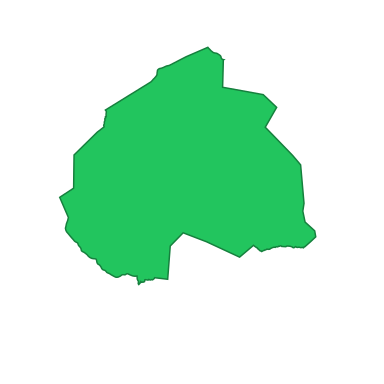 Santa Rita, Copán, Honduras (Albers equal-area conic projection), rotated 315°
{"feature_id": "27666195B5309691152519", "entity_name": "Santa Rita", "entity_type": "district", "adm_level": 2, "iso_a3": "HND", "parent_name": "Honduras", "parent_adm1": "Copán", "projection": "albers", "projection_center": [-89.049, 14.871], "detail": "fine", "context": "isolated", "style": "filled", "palette": "green", "viewbox_px": 384, "rotation_deg": 315, "n_neighbors": 0, "source": "geoboundaries", "source_scale": "gbopen_adm2", "svg_char_len": 5220}
<svg xmlns="http://www.w3.org/2000/svg" viewBox="0 0 384 384"><g transform="rotate(315 192 192)"><path d="M229.8,308.5L230.3,308.8L230.7,309.0L230.9,309.2L231.0,309.6L231.1,309.9L231.2,310.2L231.3,310.3L231.7,310.3L231.8,310.3L232.2,310.2L232.5,310.1L232.8,310.2L232.8,310.3L233.0,310.5L240.9,311.0L247.8,311.2L251.3,306.2L250.7,293.2L256.8,283.9L263.2,279.2L288.0,249.6L289.0,237.4L289.6,198.0L311.7,192.0L311.2,173.5L287.7,139.6L307.5,120.8L308.0,120.9L307.8,120.6L307.7,120.4L307.5,120.2L307.4,119.9L307.3,119.6L307.3,119.4L307.2,119.2L307.2,118.9L307.4,118.2L307.5,117.9L307.6,117.5L307.8,117.2L308.2,116.7L308.3,116.4L308.4,116.0L308.4,115.7L308.4,115.2L308.4,114.9L308.1,113.5L307.9,112.4L307.8,112.0L307.6,111.6L307.3,111.0L306.7,110.2L306.2,109.5L306.0,109.1L305.8,108.7L305.6,108.3L305.6,107.9L305.5,107.1L305.3,105.4L305.4,104.4L305.4,103.2L305.4,102.8L305.4,101.9L305.5,100.9L283.5,92.2L265.4,86.4L263.1,84.9L262.1,84.5L260.1,83.8L258.9,83.3L257.7,82.7L256.9,82.1L256.0,81.6L254.6,81.4L253.7,81.5L252.8,82.2L251.8,82.9L251.2,83.4L250.5,84.1L249.3,84.6L248.1,84.8L246.7,84.9L245.5,85.0L244.6,84.9L243.6,85.0L242.6,85.1L240.8,85.1L188.7,72.8L188.6,73.2L188.6,73.8L188.6,74.0L188.4,74.4L188.1,74.7L187.7,75.1L187.2,75.5L186.5,76.0L185.7,76.8L185.5,77.0L185.2,77.5L185.0,77.8L184.8,77.8L184.7,77.8L184.4,77.6L184.1,77.5L183.9,77.6L183.7,77.7L183.7,77.9L183.7,78.1L183.5,78.4L183.4,78.5L183.2,78.5L182.9,78.5L182.7,78.5L182.3,78.5L182.2,78.6L181.9,78.9L181.7,79.0L181.6,79.3L181.4,79.6L181.2,79.7L181.0,79.9L180.7,80.0L180.0,80.2L179.7,80.5L179.4,80.6L179.2,80.8L178.8,81.2L178.6,81.5L178.3,81.7L178.1,81.8L177.8,82.0L177.4,82.1L177.2,82.1L176.8,82.4L176.6,82.5L176.4,82.9L176.3,83.2L176.2,83.4L176.1,83.6L175.9,83.8L167.4,82.7L134.8,82.4L111.0,105.6L94.7,102.2L86.6,122.6L84.0,124.2L80.7,125.7L78.5,127.2L76.9,128.1L75.9,129.6L75.2,131.4L75.0,134.0L74.7,137.0L74.5,139.5L74.4,141.6L74.2,143.7L74.4,144.9L74.7,145.8L75.1,147.1L74.7,148.1L74.2,148.9L73.9,150.3L73.9,151.1L73.8,152.3L73.5,153.5L72.8,154.5L72.3,155.4L72.4,156.6L73.0,158.3L73.3,160.2L73.5,162.3L73.3,163.7L73.4,165.6L73.7,166.8L74.2,168.1L75.0,169.3L75.8,170.2L76.5,171.1L76.7,172.0L76.0,173.1L75.0,174.6L74.6,175.6L74.5,176.5L74.8,177.4L75.0,178.7L74.6,180.8L74.0,182.4L74.0,183.8L74.6,185.2L75.0,185.8L75.1,187.2L74.9,188.6L75.3,189.9L75.7,190.8L76.0,191.6L76.2,192.9L76.5,194.0L76.9,195.4L77.4,197.1L77.9,198.4L78.6,199.2L79.7,200.0L81.9,200.8L83.5,201.0L84.5,201.4L85.0,201.9L85.5,202.6L85.9,203.0L86.5,203.4L87.9,203.6L88.5,204.1L89.0,205.0L89.3,206.0L90.1,208.0L90.7,209.3L91.3,210.2L92.0,211.1L93.7,212.6L93.4,212.9L93.1,213.2L92.9,213.5L92.5,214.1L92.3,214.2L92.0,214.5L91.8,214.8L91.6,215.1L91.5,215.4L91.3,215.9L91.2,216.3L91.2,216.6L91.1,216.8L90.9,217.2L90.7,217.5L90.5,217.8L89.4,218.5L89.2,218.9L89.1,219.1L89.0,219.3L88.9,219.6L88.9,219.8L89.0,219.8L89.3,219.8L89.6,219.7L89.9,219.7L90.4,219.8L90.6,219.8L90.9,219.7L91.5,219.4L92.2,219.3L92.4,219.2L92.4,219.3L92.5,219.3L92.5,219.5L92.4,219.8L92.4,220.1L92.7,220.4L93.1,220.6L93.3,220.8L93.6,220.9L93.8,221.0L93.9,221.3L94.0,221.3L94.5,221.6L95.0,221.8L95.1,221.7L95.5,221.5L95.9,221.3L96.1,221.1L96.3,220.9L96.6,220.7L96.8,220.8L97.0,220.9L97.1,221.1L97.4,221.5L97.7,221.9L98.2,222.6L98.4,222.9L98.6,223.2L98.9,223.3L99.0,223.3L99.3,223.3L99.4,223.2L99.6,223.2L99.7,223.3L100.0,224.3L100.1,224.6L100.3,224.7L100.4,224.8L100.7,225.0L101.3,225.2L101.4,225.3L101.5,225.5L101.7,225.8L101.8,226.0L102.0,226.2L102.2,226.3L102.5,226.3L103.3,226.4L104.1,226.5L104.5,226.4L105.0,226.2L113.1,236.5L138.4,214.8L156.9,214.6L167.1,237.5L179.6,271.7L197.8,273.2L197.8,273.5L197.9,274.4L198.1,275.9L198.2,276.2L198.3,276.6L198.4,276.8L198.5,277.1L198.6,277.3L198.5,277.6L198.5,277.8L198.4,278.1L198.3,278.4L198.3,278.6L198.4,278.9L198.6,279.1L198.6,279.3L198.6,279.5L198.5,280.0L198.5,280.3L198.5,280.9L198.5,281.4L198.6,281.7L198.7,281.9L198.8,282.0L199.0,282.3L199.1,282.5L199.0,282.9L199.1,283.1L199.2,283.4L199.3,283.4L201.3,284.0L201.5,284.2L201.6,284.3L201.8,284.4L202.2,284.3L202.3,284.3L202.5,284.5L202.9,284.9L203.1,285.0L203.3,285.1L203.6,285.1L204.0,285.2L204.3,285.3L204.6,285.4L204.7,285.6L204.9,285.8L205.1,286.2L205.4,286.5L205.9,286.9L206.3,287.3L206.5,287.4L206.9,287.5L207.2,287.4L207.4,287.5L207.8,287.6L209.2,288.1L210.2,288.6L210.6,288.8L211.0,289.1L211.2,289.3L211.5,289.7L211.6,289.9L211.7,290.0L211.9,290.0L212.0,290.1L212.4,290.2L212.6,290.2L212.9,290.4L213.1,290.5L213.3,290.8L213.6,291.2L213.7,291.3L213.8,291.4L214.0,291.5L214.3,291.6L214.6,291.5L214.8,291.6L215.0,291.7L215.3,292.1L215.6,292.3L215.9,292.4L216.3,292.5L216.6,292.7L216.8,292.9L216.8,293.0L216.9,293.5L216.9,293.9L217.1,294.1L218.2,295.4L219.4,296.7L219.6,297.0L219.8,297.1L220.0,297.1L220.3,297.1L220.6,297.2L220.7,297.3L221.3,297.7L221.8,298.3L222.4,299.0L222.9,299.6L223.2,300.0L223.4,300.5L223.8,301.3L223.9,301.6L224.0,301.8L224.0,302.4L224.1,302.6L224.2,302.9L224.3,303.1L224.8,303.5L225.0,303.6L225.3,303.7L225.6,303.8L225.8,303.7L226.0,303.7L226.4,303.7L226.6,303.8L226.7,304.0L226.8,304.5L226.9,305.0L227.0,305.3L227.2,305.6L227.3,305.7L227.5,305.8L227.8,306.1L228.4,306.5L228.7,306.6L229.0,307.3L229.3,307.9L229.5,308.2L229.8,308.5Z" fill="#22c55e" stroke="#15803d" stroke-width="1.5"/></g></svg>